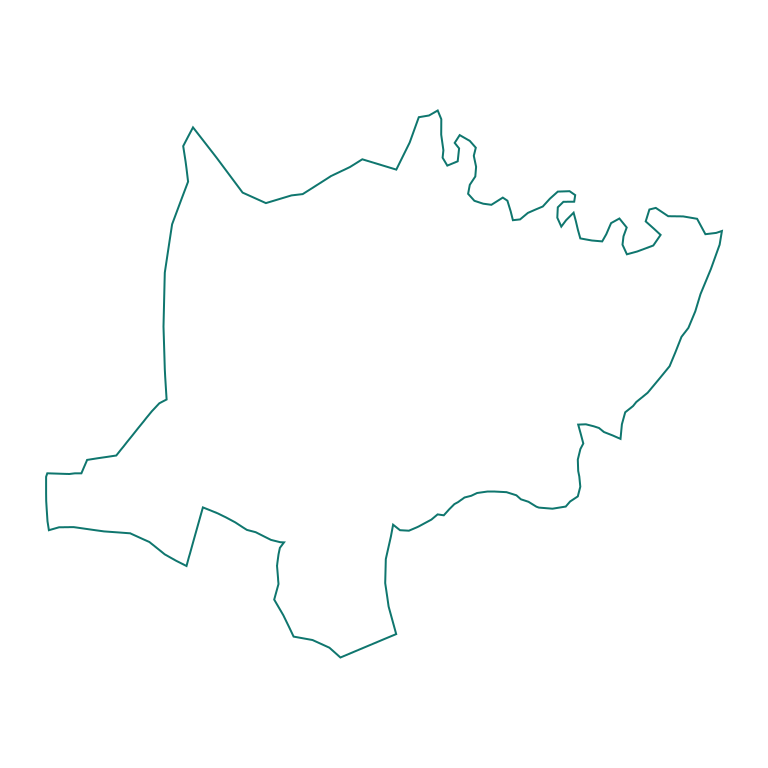 Mamberamo Tengah, Papua, Indonesia
{"feature_id": "22746128B2349164731379", "entity_name": "Mamberamo Tengah", "entity_type": "district", "adm_level": 2, "iso_a3": "IDN", "parent_name": "Indonesia", "parent_adm1": "Papua", "projection": "natural_earth1", "projection_center": [139.024, -3.626], "detail": "fine", "context": "isolated", "style": "outline", "palette": "teal", "viewbox_px": 768, "rotation_deg": 0, "n_neighbors": 0, "source": "geoboundaries", "source_scale": "gbopen_adm2", "svg_char_len": 3261}
<svg xmlns="http://www.w3.org/2000/svg" viewBox="0 0 768 768"><path d="M340.4,657.5L379.2,641.2L384.4,639.0L396.2,634.1L388.6,606.5L387.3,597.3L385.2,583.1L385.6,567.5L385.8,559.1L390.9,536.5L393.1,524.7L400.0,530.2L408.9,530.7L416.9,527.3L418.8,526.4L424.7,523.2L431.4,519.6L437.6,514.4L443.8,515.3L449.2,509.3L454.4,504.1L458.1,502.1L461.4,499.7L461.5,499.7L464.5,497.5L471.2,495.8L477.1,493.0L487.7,491.5L493.7,491.5L505.3,492.1L506.3,492.1L516.4,495.3L520.9,499.3L525.2,500.7L528.5,501.8L536.4,506.7L538.9,507.6L552.5,508.7L565.4,506.6L565.7,506.6L570.1,501.5L577.8,496.4L580.3,486.7L579.3,476.5L578.2,471.0L577.8,459.6L580.4,449.0L583.3,443.5L580.7,433.7L578.2,424.6L585.9,424.3L593.8,426.3L599.0,428.0L603.9,432.0L612.8,435.5L620.5,438.9L621.9,424.3L625.2,412.3L633.1,406.0L636.3,402.0L647.6,392.8L659.7,378.3L664.2,372.8L669.6,366.2L675.3,352.5L681.5,336.8L688.4,327.9L695.3,311.3L700.5,294.1L710.9,269.0L719.4,245.3L719.6,244.9L721.9,231.0L716.2,232.9L705.4,234.2L697.1,218.8L683.1,216.4L668.2,216.2L655.8,207.9L649.4,209.5L645.7,221.4L653.9,228.7L660.6,234.9L653.3,245.5L637.2,251.5L626.9,254.3L622.5,244.7L623.5,236.3L626.7,227.5L619.4,218.5L611.1,223.1L609.9,225.8L606.3,234.2L602.2,241.4L591.9,240.5L585.7,239.4L580.3,238.4L577.9,229.8L575.9,221.3L573.6,212.7L566.1,220.2L561.3,226.6L557.3,217.7L557.8,207.3L563.4,201.8L574.2,201.7L575.2,195.1L569.6,191.2L557.8,191.6L549.9,198.7L542.8,206.5L535.4,209.6L527.9,212.9L520.1,219.4L512.9,220.2L510.7,211.4L507.4,200.7L502.8,197.6L491.4,204.8L483.2,203.7L474.4,200.8L468.1,193.8L469.8,184.8L475.3,176.5L476.1,166.8L473.8,155.8L475.8,147.7L469.8,140.9L459.7,135.1L454.7,142.9L459.1,148.4L457.7,161.3L447.3,165.6L442.6,157.7L443.4,150.3L441.2,134.7L441.3,119.2L437.7,110.5L429.0,115.5L418.8,117.2L409.7,142.5L396.3,169.6L362.3,159.3L350.0,167.0L344.2,169.8L341.6,171.0L338.5,172.5L331.1,176.0L326.3,179.1L302.7,194.1L291.5,195.4L265.9,203.1L242.6,192.6L216.5,157.6L201.2,137.9L193.0,127.4L187.6,137.6L184.7,143.2L183.2,146.1L185.6,161.7L186.5,168.5L188.0,181.0L188.1,181.6L181.6,198.8L172.1,224.3L169.6,240.7L168.2,250.0L164.8,272.6L164.5,284.4L163.5,326.7L164.4,355.8L164.8,369.3L165.2,377.0L166.6,399.5L162.5,401.6L159.3,403.3L151.9,411.2L151.4,411.8L146.3,418.0L143.8,421.2L138.5,427.7L137.7,428.7L132.3,435.5L126.8,442.3L123.6,446.4L120.4,450.3L116.3,455.5L107.7,456.8L98.0,458.2L88.5,459.7L87.1,459.9L86.3,461.9L83.7,467.9L81.4,473.3L75.3,473.3L73.4,473.5L69.4,474.0L65.6,473.9L47.3,473.3L46.1,476.8L46.1,478.9L46.1,493.3L46.2,501.0L46.7,509.2L47.5,521.3L48.9,530.2L59.0,527.3L73.5,527.1L76.4,527.5L95.3,530.2L103.3,531.3L103.9,531.4L117.9,532.4L128.6,533.2L130.3,533.3L131.0,533.7L138.5,537.1L144.0,539.6L149.4,542.0L151.6,543.8L152.9,544.8L164.8,554.4L166.8,555.5L168.9,556.7L175.3,560.3L176.2,560.8L186.5,566.0L189.0,556.8L189.9,553.8L193.0,542.6L202.9,507.4L208.7,509.7L217.8,513.4L223.9,516.4L225.6,517.2L235.3,522.4L243.1,527.5L246.9,529.9L255.7,532.2L264.6,536.7L271.0,539.9L280.2,542.2L284.0,542.4L279.9,547.8L278.8,553.0L278.5,554.5L277.4,562.7L277.1,565.4L277.0,565.6L277.4,570.3L278.1,578.9L278.1,579.7L278.5,584.0L274.2,599.6L283.3,615.2L289.2,627.3L293.6,636.6L312.4,640.0L312.7,640.1L323.7,645.1L329.4,647.7L333.7,651.5L340.4,657.5Z" fill="none" stroke="#0f766e" stroke-width="2"/></svg>